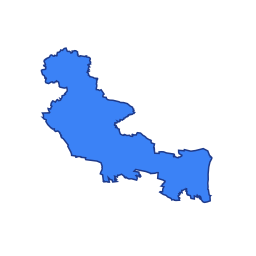 the district of Laytown Bettystown-Lea-7, Meath, Ireland, rotated 17°
{"feature_id": "5873133B93482869611851", "entity_name": "Laytown Bettystown-Lea-7", "entity_type": "district", "adm_level": 2, "iso_a3": "IRL", "parent_name": "Ireland", "parent_adm1": "Meath", "projection": "robinson", "projection_center": [-6.479, 53.728], "detail": "fine", "context": "isolated", "style": "filled", "palette": "blue", "viewbox_px": 256, "rotation_deg": 17, "n_neighbors": 0, "source": "geoboundaries", "source_scale": "gbopen_adm2", "svg_char_len": 5831}
<svg xmlns="http://www.w3.org/2000/svg" viewBox="0 0 256 256"><g transform="rotate(17 128 128)"><path d="M67.1,71.3L66.2,71.7L65.8,72.3L61.1,72.9L61.0,73.7L60.0,73.8L59.4,73.7L58.4,72.8L58.7,72.3L57.8,71.1L57.5,70.0L55.5,69.4L54.2,69.7L53.7,70.2L52.1,70.8L52.7,72.1L51.5,73.0L51.1,72.4L49.6,71.8L48.0,72.4L47.2,72.1L45.4,69.7L43.8,70.6L42.9,72.2L42.8,72.9L40.8,73.1L40.8,74.3L40.1,75.5L38.4,76.4L38.6,77.2L38.4,78.2L38.9,79.1L38.8,79.8L36.5,80.0L36.4,80.9L35.5,81.1L33.8,80.5L33.2,80.6L32.5,81.3L32.2,83.2L30.8,84.6L30.3,84.7L30.1,85.3L29.4,85.8L29.5,86.1L28.8,86.6L28.8,86.9L28.3,87.4L28.5,87.9L28.1,88.4L28.2,88.8L30.4,91.2L30.6,91.8L29.1,92.7L29.5,93.2L31.7,93.7L31.6,94.7L32.1,95.4L31.5,96.2L29.3,97.2L28.4,98.0L28.5,98.7L30.7,101.9L32.6,102.4L33.5,103.5L34.1,104.8L34.6,104.8L34.9,104.1L35.5,104.7L35.2,105.8L35.5,107.9L36.3,108.7L39.1,108.7L40.8,106.8L42.0,106.0L42.5,106.0L43.0,106.7L44.0,106.4L44.7,106.0L44.7,105.4L45.1,104.8L45.9,104.7L45.9,103.9L48.2,104.5L49.9,107.4L50.0,108.2L51.0,108.8L55.0,108.5L56.1,108.2L57.5,107.1L58.7,109.1L59.0,110.6L57.5,113.6L58.2,113.9L57.5,115.0L55.5,116.6L56.0,118.1L55.4,120.1L54.7,119.9L55.4,120.7L55.2,121.3L53.6,122.2L52.4,121.4L51.7,122.0L51.0,124.4L48.2,124.0L47.7,125.0L47.7,126.0L47.3,126.5L47.6,129.1L48.8,129.4L48.4,131.3L48.4,132.5L45.9,132.7L46.6,133.9L48.6,136.0L48.4,136.5L41.8,138.7L43.2,140.0L44.0,142.5L44.1,143.1L43.7,143.1L45.3,144.0L47.3,144.0L47.7,144.9L47.6,145.8L50.3,148.2L54.5,150.5L55.1,150.4L56.0,151.1L57.8,150.4L58.1,151.8L59.7,152.5L61.8,151.4L64.1,152.3L64.4,153.1L66.0,154.3L65.7,154.4L66.2,155.4L67.0,156.0L67.1,156.6L69.2,157.1L75.8,161.8L75.8,163.1L80.4,167.7L81.6,169.4L82.1,170.7L86.0,170.1L86.5,171.1L87.4,170.9L87.1,170.3L91.3,169.2L91.7,169.8L96.2,168.8L96.3,170.0L96.9,170.6L107.9,168.7L112.3,169.1L114.6,172.3L114.5,173.1L115.1,173.9L115.3,175.7L114.9,178.3L114.9,179.9L117.4,180.2L119.9,185.8L120.6,185.6L121.0,186.1L120.3,186.4L120.6,186.6L123.6,185.4L124.5,185.6L126.0,185.2L123.7,181.2L126.1,182.5L127.9,182.4L129.2,184.1L133.0,182.4L132.1,182.2L132.3,182.0L131.8,181.6L130.4,181.6L130.1,180.2L131.5,180.2L130.1,179.3L129.3,178.0L132.2,178.0L131.9,176.2L132.9,176.0L135.4,174.1L138.4,175.2L139.1,175.6L138.7,175.8L139.0,176.1L140.1,176.5L140.9,175.7L141.6,176.2L143.9,176.4L146.1,175.5L151.5,175.3L151.6,173.7L150.9,172.0L149.5,171.2L150.0,170.8L150.9,171.3L152.7,170.6L153.1,171.5L154.1,171.2L154.0,170.5L154.3,170.3L153.1,169.0L152.3,169.2L151.3,167.0L146.4,167.6L147.5,165.4L157.7,164.4L162.3,164.6L162.8,165.0L167.0,163.4L168.7,162.2L169.9,161.9L171.1,167.5L176.8,167.5L179.0,168.0L179.0,169.1L178.5,169.4L178.3,171.0L177.4,171.5L177.3,173.2L176.8,173.8L179.5,173.7L179.1,176.1L179.7,178.8L177.4,179.5L177.1,180.0L181.1,181.2L184.2,181.3L186.1,182.3L189.5,182.7L190.3,183.2L190.8,184.0L192.3,183.2L193.2,183.2L193.4,183.5L194.8,183.3L198.4,182.0L197.2,180.2L197.9,179.8L197.6,179.5L196.8,179.8L195.8,178.3L196.8,177.0L195.9,176.0L197.1,175.6L196.4,174.6L197.2,174.5L197.2,174.2L197.8,173.9L198.6,174.0L197.6,172.0L198.7,171.6L200.0,170.1L201.6,170.1L201.3,169.0L201.8,169.0L202.1,170.0L201.8,171.4L202.9,171.4L203.1,173.0L203.7,174.0L204.5,174.0L204.6,174.6L207.4,174.4L208.8,176.9L212.2,176.5L211.3,173.6L214.1,173.9L213.7,173.4L213.8,172.0L216.8,174.1L216.3,172.2L217.3,172.3L218.1,173.4L217.5,173.4L217.6,174.4L219.8,175.6L220.8,176.5L222.3,176.8L223.1,176.7L225.5,175.4L227.9,173.6L226.6,170.0L226.5,168.8L226.7,168.6L225.6,168.5L225.1,168.1L222.9,163.5L222.2,163.2L221.8,161.0L220.4,157.4L219.8,153.9L218.1,148.7L216.6,141.6L216.3,136.7L217.0,132.8L216.9,132.0L216.2,131.7L217.0,131.7L215.3,131.5L215.5,131.1L213.9,130.3L211.0,126.6L206.0,125.7L199.2,129.8L194.9,131.8L188.2,132.2L188.3,133.4L182.9,134.5L183.5,136.3L184.4,137.6L187.1,138.2L186.9,138.4L187.5,139.0L186.5,140.3L184.9,141.1L184.9,141.6L183.5,142.0L181.3,141.6L180.1,142.1L179.8,141.7L180.4,141.5L180.0,140.7L180.5,140.7L180.1,139.9L179.5,139.5L172.1,140.6L169.1,140.4L166.9,140.9L164.7,141.8L165.2,143.2L161.0,144.3L159.3,140.9L159.2,140.6L159.4,140.6L158.9,139.3L158.3,139.3L158.0,135.5L154.7,135.4L153.9,134.2L154.0,133.5L153.4,133.0L151.3,132.9L148.4,132.2L147.7,131.6L145.9,130.9L144.8,130.8L141.5,129.2L138.4,129.7L138.0,130.4L138.0,132.1L135.7,132.9L134.0,132.8L133.9,133.3L134.8,134.1L134.8,134.7L134.6,134.8L132.6,135.1L131.6,134.5L129.1,135.5L126.6,135.2L126.1,135.5L126.2,136.2L125.3,136.5L122.6,136.1L121.5,134.8L120.1,132.6L120.0,131.7L118.5,131.6L117.4,130.7L116.7,131.1L115.9,131.1L115.8,130.7L116.5,129.9L115.9,129.1L114.4,129.3L114.1,128.5L114.4,128.0L113.9,127.0L114.2,126.7L115.0,126.8L115.6,126.5L115.4,126.3L116.6,125.0L116.1,124.6L117.5,124.8L118.4,123.8L118.4,123.2L117.9,123.0L118.0,122.5L118.4,122.8L119.0,122.2L120.0,122.1L119.9,121.9L121.4,120.9L121.2,119.9L122.5,119.0L123.1,117.7L124.2,117.3L124.6,116.7L124.3,116.4L124.9,115.7L124.7,115.3L125.9,114.9L126.4,114.5L126.3,114.3L126.9,114.3L127.0,113.9L128.0,113.7L129.2,112.0L129.5,112.1L129.7,111.5L129.4,111.6L128.8,110.7L128.1,110.7L128.1,109.6L128.5,109.4L128.3,109.0L128.6,108.8L127.9,108.9L127.8,108.5L127.5,108.7L126.2,106.8L123.8,106.4L120.3,104.9L116.2,105.0L113.3,105.8L111.7,105.5L105.5,105.9L102.4,106.7L100.3,106.8L98.8,106.2L98.2,105.1L96.3,105.5L94.8,105.4L94.5,103.8L95.2,102.6L91.1,99.3L89.7,100.5L88.4,100.1L86.5,100.5L86.1,99.5L85.9,97.0L85.3,95.5L84.9,95.3L84.7,93.9L84.8,93.4L84.4,92.5L84.4,91.5L83.8,91.2L84.5,90.5L84.6,89.9L84.3,89.5L81.0,90.2L79.9,89.8L76.4,90.0L76.3,89.6L74.7,89.0L74.9,88.6L74.0,87.3L72.8,86.7L73.0,86.6L72.9,86.0L74.0,85.4L72.7,84.9L72.8,84.2L73.9,83.7L72.6,82.5L72.8,80.9L73.3,80.7L71.2,79.4L71.5,78.9L71.8,79.2L72.7,78.7L73.0,78.1L72.9,77.9L73.4,77.6L73.1,77.4L72.8,76.4L73.0,76.0L72.5,75.8L72.5,75.4L71.7,74.9L71.6,74.2L71.8,73.1L71.4,72.4L70.3,71.9L67.3,72.1L67.0,72.0L67.1,71.3Z" fill="#3b82f6" stroke="#1e3a8a" stroke-width="1.5"/></g></svg>